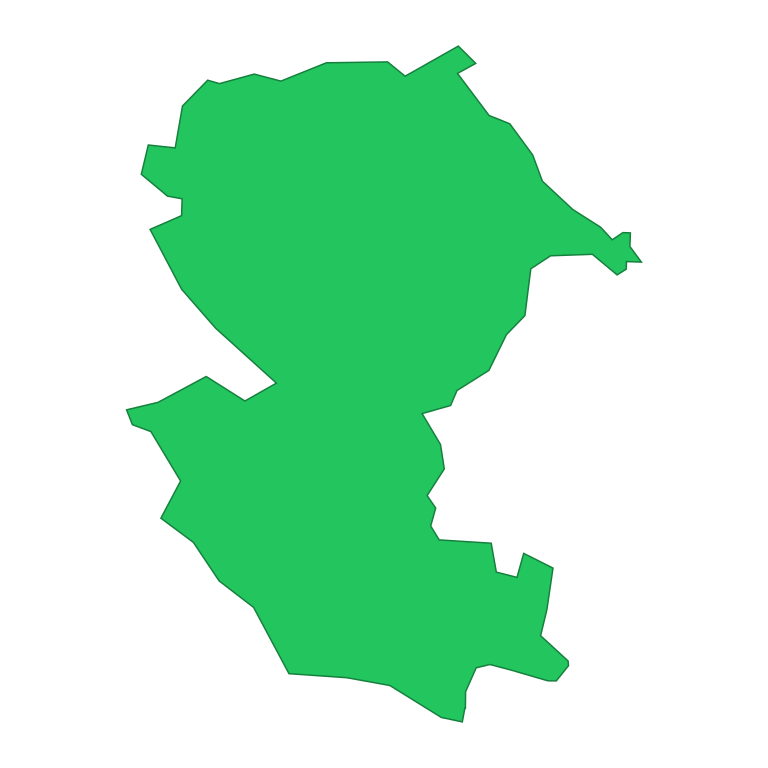 Bulungur, Samarkand, Uzbekistan
{"feature_id": "79887680B67251663283691", "entity_name": "Bulungur", "entity_type": "district", "adm_level": 2, "iso_a3": "UZB", "parent_name": "Uzbekistan", "parent_adm1": "Samarkand", "projection": "mercator", "projection_center": [67.382, 39.691], "detail": "fine", "context": "isolated", "style": "filled", "palette": "green", "viewbox_px": 768, "rotation_deg": 0, "n_neighbors": 0, "source": "geoboundaries", "source_scale": "gbopen_adm2", "svg_char_len": 1130}
<svg xmlns="http://www.w3.org/2000/svg" viewBox="0 0 768 768"><path d="M465.4,708.1L465.6,691.6L476.2,667.8L489.9,664.5L510.4,669.9L547.8,680.8L556.3,680.9L568.5,665.7L568.1,661.0L540.6,635.7L546.9,609.6L553.0,568.1L523.7,553.4L517.0,577.4L496.3,572.1L491.2,543.2L439.2,539.9L430.7,526.0L435.7,508.0L427.1,495.6L444.3,468.9L440.5,444.5L422.1,413.6L450.6,405.5L457.0,390.5L488.9,370.4L506.4,334.7L524.9,315.6L530.8,268.8L550.6,255.8L592.4,254.3L617.1,274.9L626.2,269.2L626.5,261.6L641.4,262.1L629.9,246.5L630.4,232.9L622.9,232.6L612.2,239.8L600.7,227.3L572.9,209.6L542.4,181.2L532.7,155.0L509.8,123.8L489.1,115.5L457.5,73.4L475.7,63.4L458.3,46.1L405.1,76.2L387.6,61.9L326.3,62.8L280.9,81.1L254.2,74.1L219.5,83.6L207.7,80.2L182.5,106.0L175.2,147.9L148.3,145.0L141.3,174.3L167.6,196.2L182.1,198.8L181.6,215.6L150.1,229.4L181.7,289.4L215.8,328.4L276.4,383.1L244.9,401.0L206.2,376.5L157.9,402.4L126.6,409.8L132.4,424.7L150.9,431.6L180.6,481.0L160.9,518.2L193.4,542.4L219.2,581.0L253.6,607.4L289.0,673.7L346.7,677.7L389.8,685.5L441.4,717.5L462.3,721.9L464.9,708.0L465.4,708.1Z" fill="#22c55e" stroke="#15803d" stroke-width="1.5"/></svg>